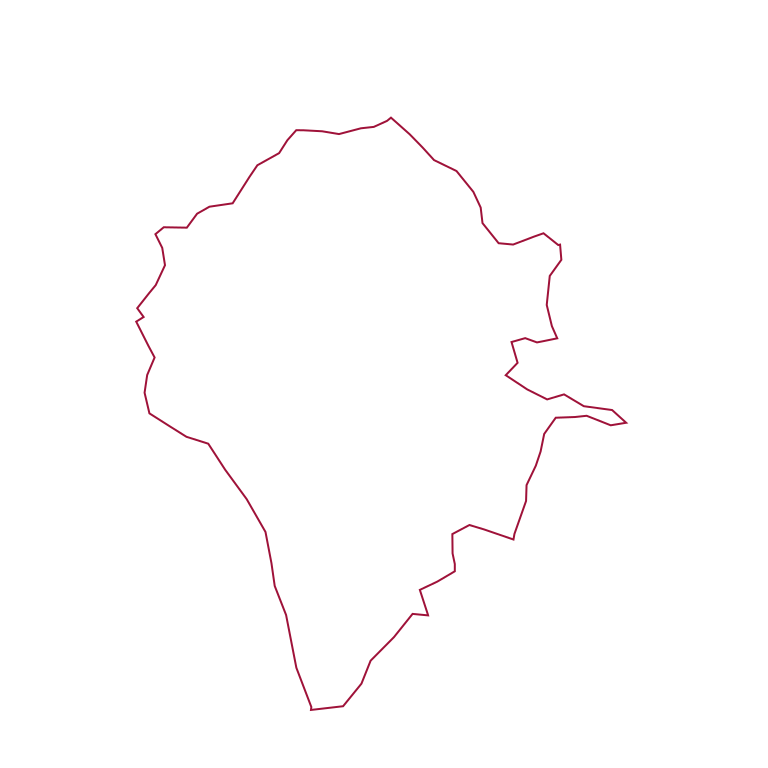 Souskiou, Paphos, Cyprus, rotated 62°
{"feature_id": "46923920B5461634055818", "entity_name": "Souskiou", "entity_type": "district", "adm_level": 2, "iso_a3": "CYP", "parent_name": "Cyprus", "parent_adm1": "Paphos", "projection": "mercator", "projection_center": [32.607, 34.737], "detail": "fine", "context": "isolated", "style": "outline", "palette": "rose", "viewbox_px": 768, "rotation_deg": 62, "n_neighbors": 0, "source": "geoboundaries", "source_scale": "gbopen_adm2", "svg_char_len": 1353}
<svg xmlns="http://www.w3.org/2000/svg" viewBox="0 0 768 768"><g transform="rotate(62 384 384)"><path d="M637.5,601.5L649.3,571.4L638.0,544.6L622.0,525.7L612.2,494.1L600.4,466.7L609.0,453.7L608.2,453.5L582.6,449.0L583.5,429.7L582.6,409.4L576.2,406.0L565.8,403.0L548.6,394.1L548.6,374.8L559.4,363.9L582.1,342.7L577.6,339.2L554.0,313.5L540.2,305.6L527.4,288.3L517.1,277.4L503.3,266.0L494.4,248.2L502.8,230.9L507.2,220.0L526.9,203.2L531.9,188.4L514.1,194.8L497.4,218.0L477.7,229.9L474.2,247.2L456.0,260.1L433.4,272.4L428.0,256.1L406.8,251.7L409.8,237.8L419.1,229.4L420.9,223.5L425.0,209.6L411.7,208.6L390.6,203.2L366.4,186.9L357.6,169.1L343.6,163.1L343.1,164.9L325.8,172.4L324.3,182.3L321.5,204.5L313.5,216.7L288.2,221.5L273.6,215.8L256.3,214.9L230.0,220.0L209.8,234.7L193.3,238.9L175.5,244.1L152.1,252.8L153.1,257.8L152.2,272.3L147.4,284.3L142.2,306.4L131.8,320.0L122.4,335.6L118.7,342.3L123.4,354.9L130.9,368.2L131.4,393.1L137.9,405.4L153.4,432.8L145.5,454.9L145.9,469.1L153.4,484.7L142.2,504.9L144.4,515.5L159.7,515.9L176.3,521.6L189.5,539.1L193.4,548.5L201.2,566.3L212.0,564.8L212.6,573.5L239.7,574.1L252.9,574.1L264.9,588.9L279.3,599.5L299.8,604.9L321.7,592.5L337.9,583.2L354.2,567.2L385.1,564.5L421.2,559.3L459.0,558.1L489.4,567.5L511.0,575.3L542.0,578.9L593.4,594.6L635.1,599.8L637.5,601.5Z" fill="none" stroke="#9f1239" stroke-width="2"/></g></svg>